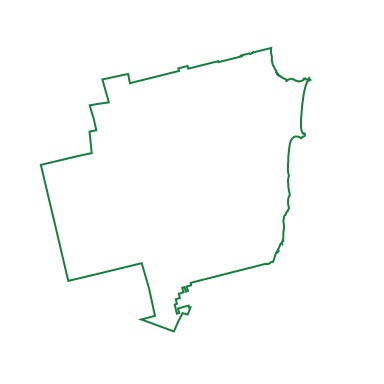 Benito Juárez, Quintana Roo, Mexico (Mercator projection), rotated 346°
{"feature_id": "50627088B55174657645518", "entity_name": "Benito Juárez", "entity_type": "district", "adm_level": 2, "iso_a3": "MEX", "parent_name": "Mexico", "parent_adm1": "Quintana Roo", "projection": "mercator", "projection_center": [-86.846, 20.98], "detail": "fine", "context": "isolated", "style": "outline", "palette": "green", "viewbox_px": 384, "rotation_deg": 346, "n_neighbors": 0, "source": "geoboundaries", "source_scale": "gbopen_adm2", "svg_char_len": 5439}
<svg xmlns="http://www.w3.org/2000/svg" viewBox="0 0 384 384"><g transform="rotate(346 192 192)"><path d="M158.5,62.0L132.3,61.1L132.5,68.5L132.9,80.0L132.9,84.9L121.2,83.7L113.7,83.2L114.1,92.6L114.4,97.8L114.2,102.1L114.1,108.9L107.2,108.6L104.1,130.0L88.3,129.5L51.9,129.1L51.3,182.0L51.3,182.8L51.3,183.6L51.3,184.9L50.5,242.2L50.5,248.3L89.7,248.7L126.0,248.9L127.0,275.1L126.1,303.2L111.9,303.4L140.7,322.9L147.9,313.6L151.2,310.0L153.5,307.2L158.1,309.8L160.7,306.5L162.5,303.6L161.3,303.6L161.3,301.4L159.5,301.4L154.8,301.5L150.3,301.7L150.3,306.4L147.9,306.4L148.0,297.1L150.3,296.9L150.3,292.1L154.6,291.9L154.6,287.5L159.4,287.3L159.4,282.5L161.7,282.5L161.9,287.2L164.1,287.1L164.0,282.4L166.2,282.4L168.6,282.3L168.8,279.8L222.6,279.6L236.7,279.6L246.0,279.5L247.1,280.1L248.6,280.2L249.1,280.0L249.6,280.1L250.0,280.2L250.5,279.9L250.7,279.5L251.2,279.2L251.6,279.2L252.2,279.3L252.8,279.3L253.3,279.1L253.8,279.3L254.9,277.7L255.8,276.3L257.0,274.3L258.4,272.0L259.0,271.2L259.3,270.9L259.8,270.5L260.5,271.4L261.0,271.0L260.6,271.3L260.5,271.2L260.0,270.7L260.6,270.1L260.8,270.1L260.7,269.9L260.7,269.7L260.9,269.4L261.0,269.5L260.8,269.8L261.0,269.6L260.9,269.9L261.1,269.7L261.3,269.8L260.9,270.1L261.0,270.2L261.4,269.9L261.5,270.0L261.1,270.4L261.3,270.6L261.3,271.3L261.4,270.5L261.8,270.1L261.9,269.9L261.1,269.1L261.2,268.8L261.8,268.3L262.1,268.0L262.4,267.6L262.8,267.3L263.6,266.1L263.8,265.8L264.5,265.0L264.9,264.4L265.6,263.6L266.1,263.3L266.6,263.9L266.6,264.0L266.4,264.6L266.7,264.1L266.8,264.2L266.8,263.9L266.7,263.8L266.2,263.3L267.2,262.5L268.2,261.2L268.3,261.1L268.7,261.4L268.8,261.2L268.4,261.0L268.6,260.4L269.0,259.8L269.2,259.3L269.3,258.9L269.5,258.4L269.7,257.8L269.9,257.2L270.1,256.6L270.4,254.8L271.6,251.5L272.5,249.4L272.8,248.4L273.0,247.5L273.2,245.7L273.5,243.2L273.8,242.1L273.9,241.7L274.3,241.0L274.3,240.6L274.5,240.2L274.8,239.6L275.1,239.2L275.2,238.3L275.4,238.0L275.6,237.7L275.8,237.5L276.5,237.0L276.9,237.0L278.0,235.6L278.5,234.9L279.4,234.2L280.3,233.5L281.8,231.7L282.1,231.3L282.2,230.9L282.2,229.8L282.4,226.6L282.6,225.9L282.8,224.7L282.9,224.3L283.2,223.3L283.9,221.6L284.6,220.4L285.0,219.8L286.1,218.9L286.1,218.7L286.2,218.1L286.2,217.5L286.4,216.0L286.3,215.6L286.3,214.3L286.5,213.6L286.6,212.5L286.6,211.9L286.6,211.3L286.7,210.1L287.1,208.7L287.4,208.0L287.4,207.2L287.6,205.4L288.0,204.0L288.7,202.0L289.9,199.8L290.1,199.0L290.1,198.7L290.0,198.2L290.0,196.7L290.2,194.4L290.7,192.4L291.3,190.4L291.8,188.4L292.6,186.3L294.0,181.1L294.5,179.7L296.1,175.3L297.0,172.8L298.3,169.8L299.9,166.6L301.1,165.4L302.5,164.3L304.2,163.3L306.1,163.2L307.2,163.6L307.3,163.6L308.5,164.1L309.2,164.5L309.9,165.0L310.0,165.1L310.1,165.4L310.3,165.6L310.3,165.8L310.5,166.2L310.6,166.3L310.8,166.3L311.0,166.2L311.3,166.0L311.9,165.7L312.1,165.6L312.3,165.6L312.6,165.3L313.3,165.1L313.8,165.1L314.1,165.1L314.2,165.3L314.4,165.4L314.4,165.6L314.5,165.4L314.7,165.1L315.0,164.8L315.1,164.4L315.4,163.9L315.4,163.5L315.4,163.3L315.5,163.2L315.5,162.7L315.4,162.6L315.3,163.0L315.1,163.0L314.7,162.9L314.3,162.6L314.0,162.1L313.6,161.4L313.4,160.3L313.2,158.7L313.2,157.7L313.4,155.7L314.0,153.0L314.5,151.3L314.6,150.4L315.2,148.7L315.9,146.1L316.1,145.7L316.9,143.3L318.9,137.5L319.7,135.0L322.4,128.2L323.0,126.7L323.5,125.3L323.9,124.6L325.1,121.8L325.8,120.6L325.8,120.4L326.1,119.9L326.7,119.0L327.2,117.8L327.7,117.0L328.4,115.7L329.7,114.0L330.1,113.3L330.6,112.8L330.9,112.5L331.7,112.0L332.4,112.0L332.7,111.6L332.9,111.6L333.1,111.9L333.3,111.6L333.5,111.6L333.4,111.5L333.4,111.4L333.5,111.3L333.4,111.0L333.5,110.9L333.4,110.6L333.5,110.2L333.4,110.0L333.3,109.8L333.0,110.1L332.8,110.3L332.9,110.5L332.4,110.6L332.3,110.2L332.4,110.6L332.2,110.8L330.6,110.5L330.8,110.3L330.8,109.6L330.8,110.3L330.6,110.5L330.4,110.4L330.0,110.1L329.3,109.1L329.0,109.1L328.7,109.3L328.6,109.2L328.2,109.1L327.9,109.1L327.4,110.1L327.0,110.2L326.9,110.3L326.0,110.6L325.9,110.6L325.9,110.3L325.9,110.6L325.4,110.7L324.6,110.7L324.3,110.7L324.1,110.7L323.6,110.6L323.7,110.3L323.6,110.6L323.2,110.6L322.5,110.5L322.5,110.4L322.1,110.3L322.2,110.2L322.1,110.3L320.5,109.5L320.1,109.2L319.9,109.3L319.6,109.2L318.7,108.1L318.1,107.4L317.9,107.3L317.7,107.3L317.4,107.2L315.8,106.1L315.7,106.2L315.2,106.1L314.9,106.0L314.7,106.0L314.3,105.8L314.3,105.6L314.3,105.8L314.1,106.1L313.7,106.3L313.5,106.2L313.3,106.3L313.0,106.2L312.8,106.3L312.4,106.3L312.2,106.4L311.6,106.4L311.3,106.6L310.8,106.8L310.8,107.0L310.7,107.2L310.4,107.1L310.5,105.8L310.3,105.6L310.2,105.4L309.9,105.0L308.9,104.4L308.5,103.9L308.4,103.7L308.1,103.5L307.8,103.3L307.6,103.2L307.2,102.9L306.9,102.6L306.3,101.9L305.9,101.5L305.2,100.6L305.2,100.4L305.3,100.4L305.2,100.3L304.6,99.7L304.0,98.3L303.9,98.5L304.0,99.0L304.3,99.8L304.2,99.9L304.0,99.5L303.8,99.4L303.5,99.1L303.4,98.8L303.2,98.7L303.1,98.4L303.3,98.3L303.1,98.0L303.0,97.6L303.0,97.3L302.9,96.6L302.7,96.3L302.6,96.2L302.8,95.9L302.8,95.4L302.9,95.0L303.1,94.9L302.3,93.1L302.3,92.7L302.1,92.2L302.1,91.5L301.9,91.1L301.3,88.4L301.2,87.6L301.2,86.1L301.4,83.3L301.3,83.2L301.6,82.3L302.2,80.4L302.3,78.6L302.3,77.0L302.4,76.3L302.5,75.2L302.9,73.7L303.3,72.5L303.5,71.9L303.7,71.4L285.6,71.4L285.4,70.9L283.7,71.7L283.8,71.9L281.8,72.3L281.3,71.4L272.6,71.4L273.0,72.4L249.0,72.4L249.0,71.4L218.2,71.4L218.1,68.7L208.7,68.7L208.7,71.4L158.1,71.4L158.2,69.0L158.5,63.7L158.5,62.0Z" fill="none" stroke="#15803d" stroke-width="2"/></g></svg>